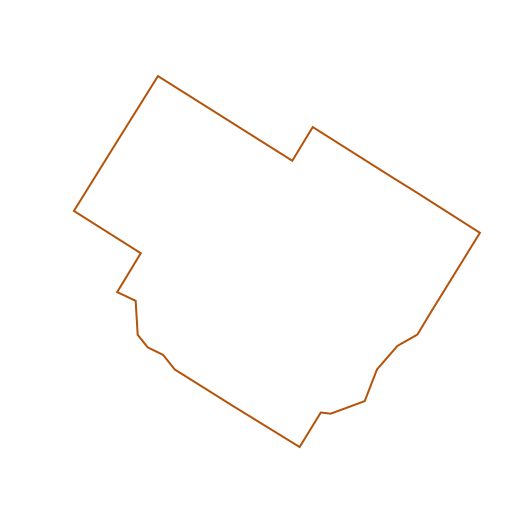 Lincoln, Louisiana, United States of America, rotated 212°
{"feature_id": "52423323B73222976979842", "entity_name": "Lincoln", "entity_type": "district", "adm_level": 2, "iso_a3": "USA", "parent_name": "United States of America", "parent_adm1": "Louisiana", "projection": "orthographic", "projection_center": [-92.669, 32.606], "detail": "fine", "context": "isolated", "style": "outline", "palette": "amber", "viewbox_px": 512, "rotation_deg": 212, "n_neighbors": 0, "source": "geoboundaries", "source_scale": "gbopen_adm2", "svg_char_len": 495}
<svg xmlns="http://www.w3.org/2000/svg" viewBox="0 0 512 512"><g transform="rotate(212 256 256)"><path d="M434.5,356.6L434.5,283.7L434.5,277.1L434.3,197.7L355.2,197.3L354.6,151.8L334.3,154.2L314.6,126.5L299.4,121.1L282.4,122.9L264.7,116.7L196.7,116.6L117.8,117.1L118.1,157.6L109.2,161.8L99.7,174.0L86.9,190.6L93.3,223.9L88.4,254.8L77.5,274.9L77.9,300.1L78.4,394.3L156.8,395.0L179.8,394.9L276.2,395.4L275.7,356.0L304.0,356.1L434.5,356.6Z" fill="none" stroke="#b45309" stroke-width="2"/></g></svg>